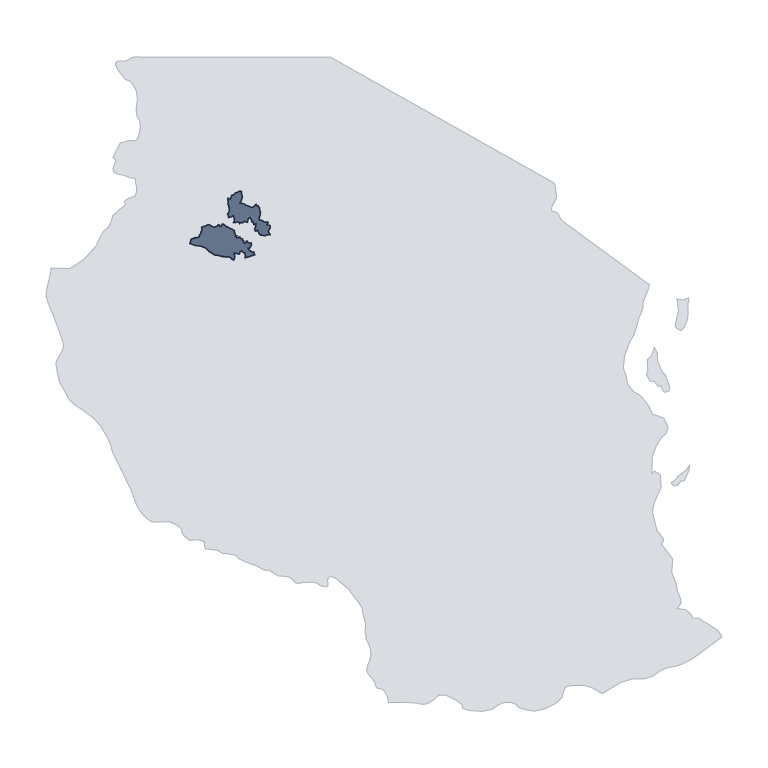 location of Kahama, Shinyanga, United Republic of Tanzania
{"feature_id": "72390352B22692962057204", "entity_name": "Kahama", "entity_type": "district", "adm_level": 2, "iso_a3": "TZA", "parent_name": "United Republic of Tanzania", "parent_adm1": "Shinyanga", "projection": "albers", "projection_center": [32.403, -3.76], "detail": "fine", "context": "in_parent", "style": "filled", "palette": "slate", "viewbox_px": 768, "rotation_deg": 0, "n_neighbors": 0, "source": "geoboundaries", "source_scale": "gbopen_adm2", "svg_char_len": 9581}
<svg xmlns="http://www.w3.org/2000/svg" viewBox="0 0 768 768"><path d="M265.1,570.5L255.2,565.3L246.2,562.2L238.9,558.7L235.6,555.2L228.7,553.9L222.7,553.4L217.2,550.2L205.8,549.0L204.6,546.9L204.4,542.2L202.4,541.0L198.3,539.8L193.8,539.8L191.1,540.5L189.5,540.2L185.8,537.4L182.4,533.9L181.1,528.3L175.9,524.7L169.9,521.8L153.3,522.1L150.7,521.3L146.7,518.4L142.1,513.7L138.3,508.4L135.0,501.1L131.6,491.2L112.5,452.0L110.5,444.5L106.7,436.3L100.6,426.2L94.1,418.7L85.3,411.9L75.3,405.1L69.9,400.6L59.6,382.1L57.5,373.4L55.9,364.5L56.5,360.8L62.9,349.2L63.5,346.0L62.7,341.6L59.5,332.3L55.5,321.2L47.3,300.8L46.1,295.6L46.2,291.8L50.9,271.0L50.8,268.1L70.0,268.5L84.0,259.3L96.2,245.7L98.6,240.1L103.5,231.4L108.4,227.0L110.3,224.0L113.0,215.3L119.4,209.4L125.6,204.9L124.4,201.7L125.3,200.5L128.7,198.2L135.3,196.1L136.6,191.5L136.6,186.4L135.5,183.5L135.7,180.2L134.7,178.3L130.3,177.9L123.9,175.3L118.4,174.3L114.8,172.8L113.5,171.6L112.9,168.6L115.9,160.6L112.9,157.4L119.5,144.2L120.7,142.6L123.2,142.4L127.0,141.0L130.6,140.4L133.5,140.9L135.6,140.3L137.5,138.8L139.1,134.3L140.4,126.9L139.7,120.8L136.9,116.1L136.1,109.0L137.4,99.4L136.5,91.4L133.4,85.0L130.2,81.3L125.4,79.5L117.8,69.8L115.5,65.1L115.9,62.1L118.5,60.9L123.3,61.3L127.9,60.2L132.1,57.5L136.2,56.7L138.4,57.1L330.3,57.1L553.9,182.9L554.8,184.4L556.5,195.2L556.1,198.9L552.6,205.0L551.6,208.3L551.5,210.5L552.4,211.4L555.3,211.8L557.8,213.2L558.7,214.4L560.6,219.1L563.0,221.4L647.5,283.4L649.5,284.3L648.2,289.4L643.3,301.9L643.0,307.1L641.1,313.2L639.2,317.2L634.2,334.7L630.1,341.2L624.4,356.6L623.4,368.3L626.4,376.6L627.5,384.3L634.0,391.9L639.2,394.7L642.7,398.2L648.9,406.1L652.4,414.1L663.7,418.1L668.1,427.0L666.4,433.1L661.1,438.1L656.2,446.2L652.2,457.0L652.0,473.5L654.6,471.0L660.5,475.1L661.2,487.2L655.0,501.2L653.0,507.8L652.7,513.5L657.0,530.4L663.7,539.0L663.1,541.7L661.4,544.0L672.8,559.2L671.7,572.4L675.9,582.8L677.7,591.7L680.5,598.5L681.0,603.3L677.4,608.5L685.8,609.8L690.7,614.1L693.0,618.3L699.1,618.1L702.3,621.0L707.0,623.3L717.5,630.3L720.3,633.7L721.9,637.0L693.0,658.4L682.5,663.9L675.1,666.4L667.2,667.8L659.6,671.1L652.4,676.4L643.3,679.0L632.2,678.9L620.5,682.6L602.1,693.6L591.5,687.4L583.1,685.4L573.5,685.5L567.6,686.2L565.5,687.5L563.6,691.3L562.0,697.5L555.7,703.5L544.5,709.1L534.3,711.2L525.0,709.7L518.7,707.3L515.4,704.0L510.5,702.4L504.1,702.6L498.0,705.0L492.1,709.4L482.7,711.3L469.8,710.6L462.9,708.5L461.9,704.7L456.3,700.3L446.0,695.3L438.4,695.2L433.5,699.9L429.0,702.9L425.0,704.2L421.4,704.3L416.1,703.0L401.9,702.4L388.4,702.6L387.1,695.6L384.3,691.4L381.9,688.9L377.2,688.2L375.9,686.3L374.4,681.9L372.1,678.2L369.0,675.2L367.2,672.3L366.6,669.7L367.1,666.9L369.9,659.8L370.8,654.9L370.5,649.9L369.0,644.7L365.8,638.6L366.2,636.9L365.1,632.7L365.0,629.8L365.6,626.2L365.0,621.4L362.3,611.2L362.3,608.6L359.4,603.6L350.4,591.9L350.0,590.4L336.0,578.5L330.3,576.0L328.3,578.2L327.5,580.2L328.1,584.0L327.8,585.9L327.2,586.7L323.8,586.6L321.7,586.1L316.4,583.0L312.3,582.2L301.9,582.7L298.3,583.5L295.5,582.8L290.0,577.3L283.6,576.2L277.9,575.9L268.4,569.8L265.1,570.5ZM665.5,375.1L670.0,388.1L669.4,390.5L666.1,392.0L664.4,392.1L662.4,390.0L661.0,385.6L658.5,386.6L654.2,381.4L650.0,381.1L646.4,374.8L647.9,369.3L647.1,360.0L651.7,355.3L654.3,347.3L657.2,352.8L657.8,361.3L661.7,371.4L665.5,375.1ZM688.6,297.7L688.9,300.8L687.9,303.7L688.1,312.9L687.7,319.1L684.1,327.5L681.2,330.5L678.7,329.6L676.6,328.2L675.0,325.9L678.5,310.3L676.9,298.9L683.4,300.0L688.6,297.7ZM677.6,485.2L674.3,486.0L673.1,485.2L671.1,482.7L674.6,480.5L678.0,476.3L686.0,470.2L689.7,465.3L689.1,470.1L684.5,480.6L680.7,481.3L677.6,485.2Z" fill="#d9dde1" stroke="#a8b0b8" stroke-width="1"/><path d="M189.8,243.6L190.3,243.8L191.5,244.0L192.2,244.5L193.2,244.7L194.0,245.1L195.1,245.4L196.0,245.7L198.7,245.8L202.0,246.5L203.0,247.1L205.5,248.0L206.3,248.5L207.2,249.7L208.2,250.5L208.6,251.1L208.9,251.2L208.9,251.4L209.2,251.7L209.3,251.8L209.8,251.7L210.0,252.1L210.7,252.5L211.1,252.6L211.7,253.3L212.6,253.4L213.0,253.8L213.1,254.0L213.6,254.2L213.7,254.4L213.8,254.4L214.1,254.8L215.0,255.0L215.3,255.1L215.4,255.3L215.7,255.3L215.8,255.4L216.0,255.4L216.4,255.3L217.7,255.3L217.9,255.4L218.1,255.3L218.6,255.6L218.9,255.5L219.4,255.7L219.5,255.9L220.1,255.8L220.5,256.0L221.0,256.2L221.3,256.4L221.4,256.2L221.8,256.4L222.8,256.3L222.9,256.6L223.0,256.5L223.6,256.7L224.0,256.6L224.6,256.9L225.7,256.9L226.6,257.2L227.5,256.9L227.6,257.0L228.0,256.7L229.0,256.8L229.4,257.1L230.4,257.5L230.9,257.9L230.9,258.3L231.5,259.0L231.8,259.0L232.0,259.1L232.3,259.1L232.5,259.3L232.8,259.6L233.1,259.6L233.4,260.0L233.6,260.2L233.8,260.0L234.5,258.4L234.8,257.1L234.8,255.7L234.2,254.2L234.0,253.3L235.0,253.2L235.4,253.4L235.5,253.3L236.0,253.4L236.4,253.3L237.5,253.9L238.9,254.2L239.5,253.9L239.8,253.5L239.8,252.1L240.1,251.7L240.5,251.4L241.9,251.0L242.0,251.3L242.6,252.1L243.6,252.6L244.6,252.7L244.9,253.6L245.1,255.2L245.3,255.7L245.2,257.2L245.1,257.6L245.1,257.8L245.9,257.6L246.1,257.6L246.3,257.4L246.5,257.3L246.9,257.4L247.7,257.0L248.4,257.0L249.0,256.8L249.7,256.6L250.1,256.2L251.0,255.9L251.7,255.9L252.2,255.6L253.1,255.5L253.4,255.3L253.6,255.3L254.2,254.9L254.8,254.8L254.6,254.3L254.1,253.1L254.0,252.4L253.7,251.8L251.7,252.0L250.4,250.7L249.5,250.5L248.1,248.3L249.4,248.1L250.1,247.8L250.2,247.6L250.5,246.3L251.4,245.6L251.5,244.7L251.2,242.9L249.7,243.1L249.0,243.0L247.6,242.2L247.4,241.2L246.8,241.0L246.2,241.2L246.2,242.5L245.2,242.9L244.8,243.4L244.6,243.4L244.3,243.2L243.9,242.8L243.5,242.7L243.6,241.9L243.8,241.3L243.7,240.9L242.9,240.8L242.8,240.7L242.7,240.5L242.6,238.9L241.6,238.9L241.0,238.5L240.1,237.8L239.9,237.0L238.8,237.1L238.5,237.7L236.5,237.7L236.4,237.6L236.1,236.8L236.5,236.5L236.5,236.2L236.8,235.9L235.5,235.8L235.2,235.1L235.1,233.0L234.4,232.6L234.2,232.4L234.5,230.5L233.6,230.2L231.9,229.0L230.1,228.4L229.7,228.1L229.2,227.9L228.8,227.6L228.0,227.4L227.4,226.8L227.0,226.8L227.0,226.6L226.4,226.6L226.2,226.2L225.6,225.9L225.2,225.6L224.9,225.6L224.8,225.4L224.5,225.0L224.2,225.0L223.9,224.5L223.6,224.3L223.0,224.2L222.9,224.0L222.5,223.9L222.1,224.5L221.5,225.1L221.4,225.5L221.3,226.1L220.8,226.4L220.2,226.4L219.8,226.1L219.1,224.8L218.8,224.6L218.1,224.9L218.1,225.1L217.6,225.7L216.7,226.4L216.3,226.3L215.8,226.5L215.2,227.0L214.1,227.2L213.2,227.0L212.0,226.3L211.9,226.2L211.7,226.2L211.0,225.7L210.3,225.5L210.3,225.3L209.3,224.7L208.6,224.6L207.3,224.9L205.1,226.2L203.9,226.3L201.6,227.2L201.6,227.8L201.7,228.5L202.0,229.1L201.9,229.9L201.9,230.1L201.7,230.3L201.7,230.6L201.4,231.1L201.3,231.5L200.8,232.0L201.0,232.9L200.7,233.3L200.4,234.0L199.6,234.9L199.4,235.4L199.2,235.5L199.2,236.1L198.9,237.1L197.0,237.6L196.8,237.8L196.3,237.7L196.1,237.5L195.5,237.7L195.2,237.6L194.6,237.8L194.5,238.2L194.2,238.3L193.6,238.3L193.6,238.6L192.9,238.6L192.5,238.7L192.1,238.7L191.6,239.0L191.5,239.3L191.1,239.5L191.1,239.8L190.8,240.0L190.7,240.3L190.8,240.7L190.4,241.6L190.5,242.2L190.0,243.0L189.8,243.6ZM227.9,198.2L228.0,198.9L227.7,199.4L227.7,199.7L227.9,200.5L228.4,201.7L228.2,202.3L228.0,202.6L227.9,204.2L228.3,205.1L228.6,205.4L229.0,206.0L228.7,206.7L228.8,207.1L229.3,207.6L229.3,207.9L229.2,209.0L229.3,210.8L228.8,212.1L228.1,213.2L227.6,213.8L227.7,214.6L228.2,215.2L228.3,215.3L228.5,217.5L230.4,217.1L231.4,216.7L233.3,215.6L233.5,216.3L233.7,217.2L234.0,218.2L234.2,218.7L234.5,219.0L234.3,220.7L233.5,222.6L235.6,222.6L236.0,222.2L236.5,222.0L237.3,221.9L237.9,221.9L239.0,222.5L239.4,223.6L240.5,222.6L241.5,222.9L242.8,222.8L243.2,222.4L243.6,221.8L244.5,221.2L244.9,221.6L245.5,222.0L246.2,222.1L246.4,222.0L247.5,222.3L247.7,221.3L247.7,220.8L247.8,220.5L248.1,219.4L248.5,218.7L248.8,218.4L250.0,217.5L250.8,218.9L251.5,219.7L251.6,221.3L251.7,221.7L252.2,222.1L252.9,222.0L253.2,222.3L253.7,224.3L253.9,224.6L254.1,224.7L254.5,224.4L254.8,224.2L255.0,224.1L255.8,224.0L256.1,223.7L256.2,223.8L255.7,225.8L255.6,226.9L255.0,227.9L254.6,228.9L254.9,229.0L255.0,230.8L255.8,231.1L256.1,231.1L256.5,230.9L256.6,230.5L257.8,230.3L258.0,231.1L258.6,232.4L259.0,233.7L259.6,234.4L261.1,234.7L261.2,234.8L261.0,235.2L263.5,235.5L264.5,235.8L265.4,235.8L265.6,235.4L266.1,235.1L267.2,235.0L269.0,234.7L270.2,234.7L270.1,234.2L269.8,233.7L269.4,233.3L268.4,231.8L268.8,230.7L268.8,230.1L269.1,229.5L270.2,228.3L270.2,225.7L269.6,225.3L267.5,225.0L267.0,224.8L267.2,224.3L267.7,223.3L268.2,222.7L268.2,222.4L267.9,222.1L267.4,222.0L264.3,222.0L263.5,221.5L262.6,220.7L261.0,220.1L259.3,219.8L259.3,218.8L259.2,218.1L259.5,217.4L259.4,217.2L259.5,217.1L259.4,216.8L259.7,216.5L259.9,216.1L260.0,215.4L260.2,215.1L260.2,214.4L260.3,214.0L260.3,213.2L260.6,212.3L260.6,212.0L260.3,212.0L260.3,211.7L260.0,211.5L260.1,210.9L259.7,210.2L259.6,209.7L259.5,209.1L259.7,208.6L259.6,207.9L259.4,207.5L259.1,207.5L258.5,206.9L258.3,206.5L258.2,205.7L257.5,205.8L256.9,205.7L256.5,205.2L256.2,204.3L255.4,204.7L254.4,206.0L253.2,207.1L252.7,207.3L251.9,207.3L251.5,207.1L250.3,206.9L247.9,205.8L247.0,205.6L245.6,205.1L244.6,204.2L243.7,203.8L242.4,203.5L240.7,203.2L239.8,203.1L239.9,202.9L240.7,201.6L241.3,200.8L241.6,199.8L241.7,198.9L242.4,197.5L242.4,197.2L242.2,197.1L242.4,196.2L241.7,194.4L241.8,194.2L241.4,193.0L241.5,192.4L241.4,191.9L241.5,191.7L241.0,191.3L240.6,191.3L240.2,191.1L239.7,191.2L238.6,191.4L238.3,191.8L237.2,192.7L236.6,192.5L235.9,192.6L235.3,192.9L234.6,194.1L234.3,194.4L233.8,194.7L233.5,195.1L232.2,194.9L231.6,195.8L231.6,196.0L231.3,196.1L231.2,196.3L231.0,197.4L230.4,198.8L230.4,199.2L228.4,198.3L227.9,198.2Z" fill="#64748b" stroke="#1e293b" stroke-width="1.5"/></svg>